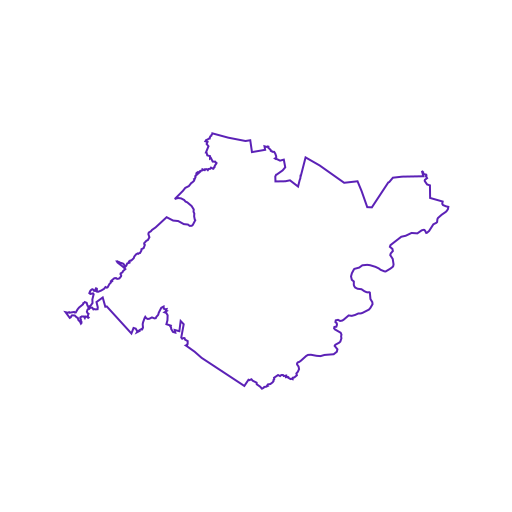 Santa María del Oro, Nayarit, Mexico (Natural Earth projection), rotated 75°
{"feature_id": "50627088B16887744460573", "entity_name": "Santa María del Oro", "entity_type": "district", "adm_level": 2, "iso_a3": "MEX", "parent_name": "Mexico", "parent_adm1": "Nayarit", "projection": "natural_earth1", "projection_center": [-104.593, 21.347], "detail": "fine", "context": "isolated", "style": "outline", "palette": "violet", "viewbox_px": 512, "rotation_deg": 75, "n_neighbors": 0, "source": "geoboundaries", "source_scale": "gbopen_adm2", "svg_char_len": 6125}
<svg xmlns="http://www.w3.org/2000/svg" viewBox="0 0 512 512"><g transform="rotate(75 256 256)"><path d="M295.9,383.7L292.5,383.1L290.9,382.3L287.0,379.6L286.1,378.7L287.7,378.1L288.8,376.9L289.0,375.3L288.4,372.4L290.0,370.2L290.1,368.9L289.1,368.1L287.5,365.7L285.6,364.6L281.5,360.9L280.9,358.3L283.0,358.7L284.0,357.4L284.1,356.2L285.2,357.0L285.9,356.3L286.7,358.9L287.8,357.4L290.4,356.7L295.2,358.2L298.7,360.2L301.2,356.3L302.0,357.0L302.8,356.5L304.5,356.8L307.8,355.9L309.1,353.8L306.4,353.7L308.8,349.5L299.3,345.6L303.2,343.5L315.4,349.3L316.8,348.7L316.5,347.3L316.8,346.3L318.5,346.1L320.5,344.0L323.3,344.8L323.7,345.7L324.2,345.7L324.3,346.9L332.5,340.1L340.3,334.9L378.5,300.9L373.6,295.3L374.2,294.6L373.9,292.3L375.6,291.5L378.5,288.2L380.1,288.5L383.3,285.8L385.7,284.6L385.3,282.8L384.6,281.9L384.9,280.1L384.6,278.5L384.1,278.9L383.1,277.7L383.4,275.3L382.3,272.6L381.2,271.3L380.4,271.3L379.6,270.2L378.3,270.1L376.7,265.5L378.2,263.8L377.6,262.6L377.6,261.8L378.0,260.7L379.1,260.3L379.3,257.7L380.0,257.8L380.3,258.4L380.8,258.5L381.1,256.4L381.5,256.1L382.0,256.3L383.2,255.1L383.8,254.5L383.7,253.6L384.5,252.5L383.1,251.9L383.2,250.4L381.8,247.4L379.9,247.4L378.6,245.5L376.4,243.7L373.8,243.5L371.4,244.4L370.3,244.1L369.5,242.9L369.5,241.7L368.8,239.8L365.5,233.3L365.0,231.4L365.6,228.5L368.1,223.3L369.4,219.6L369.3,215.5L371.0,206.4L369.4,202.7L367.2,201.5L363.2,203.3L362.3,202.4L361.2,198.0L360.5,196.7L357.6,194.8L355.7,194.6L354.0,193.8L352.0,194.1L347.3,198.8L346.0,199.3L344.8,198.6L345.1,196.7L343.4,195.6L341.9,195.4L340.4,196.4L338.8,195.6L338.9,193.3L340.5,191.6L340.7,189.5L340.3,188.0L337.4,181.9L338.6,179.0L338.6,175.6L338.0,172.1L338.6,169.6L338.5,167.8L337.0,160.8L335.8,159.0L332.7,155.9L330.7,155.6L327.2,156.6L320.8,155.5L320.3,156.0L320.0,157.7L319.4,158.8L318.0,160.5L315.4,162.7L313.9,166.4L312.1,168.4L310.6,168.9L309.2,169.0L305.9,168.1L303.8,169.6L300.3,169.5L297.4,167.8L294.2,164.8L293.9,164.3L293.9,159.3L292.5,155.7L293.3,150.9L294.4,148.2L297.4,143.4L299.8,140.6L301.6,139.2L304.1,135.9L304.5,134.8L303.0,129.5L301.9,126.8L301.3,126.1L299.7,125.3L294.2,124.7L289.9,126.1L288.4,125.2L286.6,122.5L284.4,122.4L281.8,124.3L280.3,123.3L275.0,110.7L275.2,106.2L274.0,99.8L275.9,94.3L274.1,89.3L274.1,87.3L274.4,86.6L275.2,86.2L277.8,85.6L277.8,84.8L276.6,82.3L271.3,76.5L270.6,73.2L270.1,72.3L267.3,71.2L266.4,70.4L264.2,66.0L262.5,61.2L261.6,59.8L260.3,58.4L258.3,57.5L257.2,59.6L255.2,62.2L253.8,62.6L251.7,61.6L245.0,72.8L232.8,69.7L231.2,72.2L227.6,73.5L227.0,73.6L226.1,73.1L225.1,70.6L222.9,71.2L222.6,70.6L221.5,70.5L220.2,72.9L218.5,73.0L218.0,73.4L217.9,73.1L216.8,73.7L222.3,73.7L217.2,94.2L215.8,103.5L219.1,108.2L219.2,109.2L239.0,131.5L237.6,135.9L220.6,137.2L210.1,138.6L208.1,151.9L185.0,171.1L173.6,182.6L190.1,191.9L190.0,192.2L192.3,193.0L194.2,194.3L199.8,197.4L191.7,203.6L191.4,208.4L189.0,217.9L184.2,216.8L182.7,215.5L182.7,214.9L180.2,208.1L177.9,204.8L170.1,204.2L170.1,208.1L167.7,210.9L167.5,211.7L166.7,212.4L166.4,211.2L166.1,211.0L164.8,210.7L162.1,210.9L160.1,211.5L159.6,213.2L159.1,213.3L158.3,214.5L157.3,214.4L154.6,216.1L153.6,215.7L153.2,216.3L153.4,217.4L152.2,219.4L155.8,219.7L154.6,233.0L142.7,231.6L142.2,236.4L134.5,252.2L126.3,266.3L126.7,266.4L127.3,267.5L128.2,267.9L128.7,269.3L130.6,270.4L130.4,271.3L131.1,272.8L131.0,274.0L132.1,275.2L133.3,273.3L135.0,274.7L137.7,273.5L143.1,277.6L143.4,277.0L146.2,277.0L147.6,274.6L150.0,275.2L149.7,274.2L153.6,273.4L154.3,271.0L155.1,270.9L155.7,270.1L156.3,270.2L158.1,272.4L159.4,273.0L159.5,273.7L160.5,274.3L160.7,274.8L159.0,276.6L159.9,277.6L159.7,279.2L160.6,280.3L159.4,281.0L159.0,283.0L159.8,283.3L159.7,283.8L158.4,285.3L159.4,285.8L159.4,287.8L160.0,289.0L160.4,288.6L161.3,290.4L160.0,290.7L160.4,291.9L161.2,292.4L162.2,292.2L162.8,293.7L163.6,294.1L164.0,293.9L165.4,295.0L165.7,295.9L166.3,295.7L167.3,296.4L168.5,298.6L168.6,299.4L171.1,302.8L171.9,306.7L174.2,309.8L179.9,319.7L179.8,317.3L180.0,315.7L181.0,313.4L183.3,310.9L185.2,310.0L186.4,308.5L191.0,305.3L194.9,304.1L197.1,304.9L199.0,304.6L201.7,305.5L205.0,305.7L205.7,305.4L209.6,309.0L210.2,310.3L209.7,312.3L208.0,313.6L206.5,317.5L202.1,322.1L200.3,326.9L195.4,332.3L202.4,345.6L203.9,349.7L204.9,351.1L205.6,353.5L206.9,354.3L210.3,354.1L212.6,356.3L212.9,357.9L214.7,360.7L215.5,360.9L216.5,360.5L219.3,362.5L219.8,364.9L221.1,365.3L223.1,367.3L223.0,368.0L223.4,369.2L222.9,369.6L223.3,371.3L225.0,373.7L226.5,374.7L228.1,377.7L227.8,378.5L228.3,379.9L228.7,380.3L229.4,379.7L229.7,379.8L229.9,382.4L231.7,383.7L232.5,384.9L229.2,386.1L228.0,387.7L227.7,388.5L226.2,390.1L226.0,391.0L225.3,391.2L225.2,391.8L226.5,391.4L231.9,387.3L234.8,385.6L236.2,388.4L237.2,389.2L237.8,391.3L238.6,391.6L239.7,391.2L240.7,391.6L242.3,393.8L242.3,395.5L241.7,396.7L241.1,396.9L240.8,398.6L242.3,401.8L243.1,401.5L243.4,402.3L243.2,402.9L244.2,403.2L245.1,404.8L247.8,407.4L248.0,408.3L247.0,409.4L248.4,411.3L249.3,414.5L249.7,417.8L249.2,418.9L246.4,418.2L245.8,418.9L246.8,419.8L248.2,420.0L247.8,421.4L246.3,422.0L245.7,422.8L246.3,424.4L247.3,425.6L247.7,425.6L248.7,426.6L249.8,425.8L249.9,423.1L250.9,422.7L255.6,425.3L259.1,426.1L261.1,428.5L262.0,431.2L261.1,431.1L260.4,431.6L257.4,431.7L256.2,433.3L256.6,433.7L256.8,435.0L257.9,435.6L260.0,440.3L261.4,442.2L263.9,444.7L263.6,445.8L263.0,446.1L262.5,450.9L261.9,451.1L262.1,453.3L261.5,453.5L261.0,454.5L267.6,451.9L267.2,450.7L266.2,449.9L265.7,449.1L266.5,446.5L268.9,445.1L269.5,444.2L272.0,444.1L273.8,443.0L276.0,442.6L275.5,441.9L274.2,441.6L273.2,442.0L272.1,441.6L270.4,441.9L269.6,441.3L269.6,440.6L269.3,440.0L269.9,437.9L271.6,437.4L270.3,436.4L271.2,434.8L272.3,434.1L272.1,433.6L271.1,434.2L270.1,433.9L268.5,432.7L267.5,433.5L266.1,433.8L264.2,432.6L263.6,431.2L263.9,430.8L263.0,429.4L263.6,427.5L265.5,426.9L265.4,426.0L266.1,424.7L266.4,422.8L264.6,422.1L259.2,422.0L256.4,414.8L266.0,414.7L266.1,413.2L298.6,396.4L293.8,392.9L295.0,391.0L298.1,390.1L298.9,390.8L298.3,388.0L297.7,388.2L297.2,386.8L297.2,385.5L297.5,385.2L297.1,384.7L296.7,384.9L296.5,384.2L295.9,383.7Z" fill="none" stroke="#5b21b6" stroke-width="2"/></g></svg>